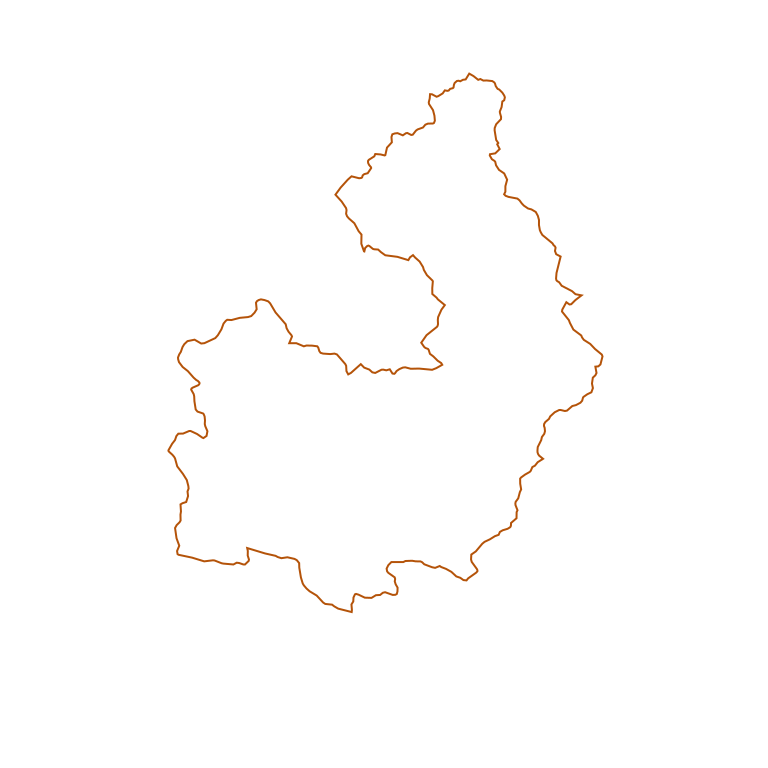 the district of Bach Thong, Bắc Kạn, Vietnam, rotated 144°
{"feature_id": "81297802B24696745321038", "entity_name": "Bach Thong", "entity_type": "district", "adm_level": 2, "iso_a3": "VNM", "parent_name": "Vietnam", "parent_adm1": "Bắc Kạn", "projection": "equal_earth", "projection_center": [105.833, 22.201], "detail": "fine", "context": "isolated", "style": "outline", "palette": "amber", "viewbox_px": 768, "rotation_deg": 144, "n_neighbors": 0, "source": "geoboundaries", "source_scale": "gbopen_adm2", "svg_char_len": 6166}
<svg xmlns="http://www.w3.org/2000/svg" viewBox="0 0 768 768"><g transform="rotate(144 384 384)"><path d="M221.1,255.4L217.4,257.9L215.5,262.1L211.3,266.4L207.9,266.8L205.6,268.0L202.8,273.8L200.2,272.3L197.4,272.6L191.0,277.9L190.5,279.8L192.7,288.3L193.6,295.2L196.4,302.3L196.4,305.3L195.9,307.3L198.8,316.7L197.7,324.1L196.9,327.0L197.4,338.0L196.0,339.4L188.4,343.0L187.2,339.3L185.6,338.5L179.8,339.4L172.1,339.6L176.3,344.1L177.3,348.6L182.5,359.0L182.5,363.4L183.4,365.4L183.5,366.7L182.8,368.2L179.2,372.4L166.2,383.3L168.4,387.8L167.5,391.1L165.1,393.4L164.8,394.7L165.2,396.9L165.0,398.7L168.3,411.5L168.0,414.5L167.5,416.8L165.2,421.5L162.2,425.6L160.7,429.6L160.1,434.0L162.1,438.6L164.3,441.3L166.0,446.1L166.4,449.1L166.4,452.9L167.1,455.6L173.3,462.2L175.0,464.8L175.3,466.9L172.8,468.2L169.5,472.7L164.3,476.9L163.0,483.7L165.1,489.6L164.8,495.1L163.4,498.4L163.5,499.6L164.6,502.5L164.1,506.7L163.2,507.6L158.4,505.2L152.3,506.1L151.5,511.4L149.9,511.8L149.8,515.5L145.4,524.2L144.0,526.0L140.6,528.2L133.7,529.5L132.3,531.2L130.8,535.3L130.1,536.4L126.1,538.9L122.2,543.0L120.0,542.9L117.7,544.9L117.2,546.7L117.0,550.1L117.7,554.5L118.6,556.0L118.5,559.3L117.6,561.8L117.5,563.1L118.3,565.4L122.5,569.2L125.3,571.1L126.8,574.1L129.0,574.7L130.6,580.5L132.6,585.0L138.9,582.4L141.3,583.7L144.4,584.1L145.4,585.5L146.9,586.3L149.9,586.0L151.5,585.0L153.5,583.0L154.5,582.9L157.0,583.9L159.2,583.4L160.4,583.9L162.2,585.8L165.7,584.6L170.9,585.0L172.6,585.5L174.9,590.2L176.4,591.4L179.2,588.1L182.2,585.6L183.0,584.1L183.4,576.7L185.5,571.4L188.1,567.1L190.2,565.8L191.4,566.0L195.3,568.8L198.1,569.5L201.7,568.6L207.2,570.2L209.2,570.2L214.2,568.8L215.6,569.5L217.6,573.4L218.9,574.0L222.6,574.1L225.6,579.0L228.1,580.4L230.5,581.1L232.8,579.4L235.6,574.9L242.6,573.5L248.4,568.4L249.1,568.5L251.8,571.7L255.9,575.2L258.0,573.9L264.6,574.3L265.9,573.8L266.9,572.2L267.3,570.1L267.1,566.9L267.5,566.2L273.3,564.1L276.6,565.4L278.6,565.3L280.3,564.0L281.4,564.1L283.2,565.1L288.2,571.1L293.2,570.6L303.6,568.4L312.0,565.7L311.0,556.5L311.3,548.6L312.1,546.7L314.6,544.0L315.3,541.4L315.1,538.6L313.5,531.5L314.7,522.5L314.4,518.1L319.9,510.8L322.2,503.1L322.0,502.8L319.3,505.1L316.4,505.5L315.2,505.1L314.7,504.2L313.6,499.9L312.8,498.8L309.7,496.2L309.0,492.6L307.3,487.4L298.4,479.0L291.5,469.9L288.5,471.2L284.8,471.2L284.5,468.1L283.2,462.1L283.7,455.6L284.7,452.9L285.3,446.8L284.0,439.3L284.1,438.4L288.6,433.2L292.0,428.4L290.7,422.9L290.7,420.9L288.4,412.1L293.8,410.4L300.9,406.3L302.8,404.2L305.1,400.7L306.5,399.5L307.6,399.1L320.9,398.5L329.6,395.5L329.7,390.4L329.3,388.8L327.8,386.5L327.8,385.3L329.1,381.4L327.9,377.4L326.9,371.3L325.4,367.3L325.6,365.3L332.4,366.1L336.7,367.2L346.6,375.9L353.4,380.6L357.0,385.0L359.1,386.2L362.8,387.0L366.2,387.1L368.8,386.2L369.7,386.2L371.0,387.5L370.7,392.5L374.1,393.7L376.2,396.1L377.6,397.0L384.6,398.1L386.6,400.3L387.4,404.3L390.4,408.9L391.1,413.7L404.2,412.4L407.3,412.8L406.8,416.5L403.9,421.0L403.6,422.9L404.7,435.6L406.2,437.7L409.9,439.8L415.4,444.4L417.0,446.5L417.0,448.6L415.8,452.1L415.8,453.7L419.5,457.2L424.1,460.7L426.7,461.6L430.9,468.5L436.7,472.7L430.5,476.5L430.2,477.8L430.5,482.4L430.0,486.4L428.4,490.1L429.7,505.6L428.7,516.2L429.1,518.9L431.3,522.1L433.8,524.8L436.1,525.6L438.1,525.7L439.8,525.0L443.1,519.3L446.8,517.8L451.5,517.0L454.7,518.1L461.8,522.3L469.8,525.4L473.1,528.1L474.9,528.1L478.3,527.2L483.4,523.8L489.8,521.1L493.5,520.3L505.3,522.6L508.1,524.2L511.2,531.2L517.8,534.2L522.2,533.6L525.3,532.3L529.5,529.4L532.3,528.3L535.1,526.5L536.0,525.0L537.0,522.2L536.9,516.1L535.1,509.7L534.3,501.1L533.5,497.4L532.8,496.0L532.5,493.7L532.8,493.0L533.7,492.4L535.0,492.2L540.9,493.5L542.4,493.5L543.3,492.8L543.9,487.7L544.8,485.6L547.5,481.5L551.3,474.1L551.1,471.3L547.7,466.5L547.6,465.7L548.2,463.2L550.2,459.8L552.5,457.0L553.4,454.9L554.6,449.6L558.1,446.3L561.9,446.4L562.5,447.4L564.6,453.4L568.1,459.7L569.3,460.5L575.7,462.0L579.6,464.7L582.6,463.9L586.0,461.5L590.5,460.2L597.3,457.1L597.7,456.6L597.7,455.5L596.8,451.2L596.6,448.5L596.8,446.6L599.7,438.9L599.5,429.4L600.0,422.2L602.3,416.4L603.6,414.2L606.1,412.6L608.4,408.5L613.4,404.8L617.1,406.0L619.4,406.2L623.2,400.2L625.4,398.0L628.8,393.1L630.7,392.3L634.7,391.7L637.7,390.3L642.5,381.2L644.7,373.5L649.6,370.5L651.0,367.7L650.6,366.6L641.3,356.3L633.7,346.2L626.0,341.9L624.8,340.8L620.7,334.4L619.5,333.1L611.9,326.5L608.2,326.0L606.4,324.3L603.9,320.7L602.6,319.7L597.5,320.4L596.4,321.4L595.1,325.3L592.3,329.0L591.1,331.7L579.8,316.8L572.7,308.7L571.7,306.5L569.4,303.4L564.0,300.6L559.2,295.1L558.1,292.8L557.9,289.0L560.5,285.2L564.9,276.4L567.0,270.4L567.2,268.2L566.9,264.1L566.0,260.0L562.8,252.4L561.7,243.0L560.8,240.6L555.7,236.0L555.0,233.5L553.1,229.2L544.2,218.5L542.8,220.0L539.9,224.8L536.7,226.1L534.2,229.2L531.1,230.9L530.0,230.6L528.4,228.5L525.1,222.4L519.8,218.3L514.7,217.9L511.1,215.6L507.7,215.8L505.5,214.9L500.9,208.2L498.7,206.8L497.1,206.6L495.0,208.3L492.7,211.3L492.3,215.1L491.3,218.0L489.6,219.7L489.0,221.3L491.5,228.7L491.6,230.6L490.4,233.1L487.0,234.9L482.7,235.6L473.0,228.6L470.7,228.2L465.2,224.5L462.5,221.8L458.8,219.1L457.9,217.4L457.4,214.5L452.8,207.5L450.7,205.2L445.9,204.0L445.3,202.3L442.5,198.0L439.9,192.4L438.6,185.8L436.2,182.4L435.0,178.7L432.7,176.6L430.2,177.3L420.2,177.2L418.5,177.6L417.9,178.4L417.6,179.7L417.6,188.5L416.7,190.9L413.6,194.7L408.1,194.6L398.4,197.0L395.4,197.2L389.6,196.1L383.7,195.7L379.9,194.6L377.2,196.2L374.0,195.9L369.1,194.2L366.3,194.0L365.4,194.2L364.4,195.0L362.9,196.9L355.7,197.5L352.0,202.4L350.2,203.4L348.8,208.7L347.9,210.2L346.7,211.3L342.6,212.6L337.6,216.7L335.0,218.1L332.4,223.3L329.5,227.4L328.2,227.8L323.1,227.8L317.8,227.2L316.3,227.5L312.8,229.6L309.9,229.2L305.6,230.4L299.3,230.0L300.6,234.9L300.5,236.8L299.9,238.6L299.0,239.9L296.7,242.6L289.8,246.2L287.4,248.3L283.6,249.5L281.5,251.2L279.8,254.1L279.2,256.1L278.0,257.5L275.9,258.4L271.0,258.8L268.6,260.1L262.5,260.8L257.6,260.0L256.4,259.2L253.5,255.8L251.6,254.9L244.6,255.5L241.1,254.1L236.1,253.4L233.5,254.0L230.9,256.1L230.1,256.3L225.5,256.2L221.1,255.4Z" fill="none" stroke="#b45309" stroke-width="2"/></g></svg>